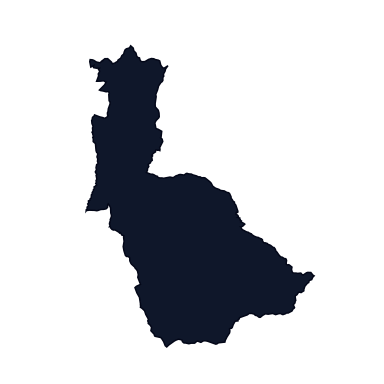 Agas, Bacau, Romania (Albers equal-area conic projection), rotated 81°
{"feature_id": "2599482B91391113599232", "entity_name": "Agas", "entity_type": "district", "adm_level": 2, "iso_a3": "ROU", "parent_name": "Romania", "parent_adm1": "Bacau", "projection": "albers", "projection_center": [26.147, 46.468], "detail": "fine", "context": "isolated", "style": "filled", "palette": "ink", "viewbox_px": 384, "rotation_deg": 81, "n_neighbors": 0, "source": "geoboundaries", "source_scale": "gbopen_adm2", "svg_char_len": 6056}
<svg xmlns="http://www.w3.org/2000/svg" viewBox="0 0 384 384"><g transform="rotate(81 192 192)"><path d="M194.1,299.5L193.8,299.2L193.9,296.2L195.0,290.6L195.5,289.5L195.6,288.1L195.0,284.8L195.3,282.1L195.2,279.6L194.8,278.8L193.7,277.7L191.3,277.3L190.6,276.6L192.8,275.5L195.0,274.9L200.0,275.5L202.3,275.2L203.8,275.5L206.5,277.1L207.3,277.0L208.9,277.9L209.6,277.9L209.9,278.4L211.5,278.5L212.6,278.1L213.2,278.7L213.2,278.3L214.7,278.0L216.4,276.9L217.3,275.6L217.1,275.2L217.7,273.6L220.3,270.5L221.3,269.9L221.3,269.5L220.7,269.4L220.9,269.1L223.6,268.0L224.5,266.2L226.3,266.7L230.1,266.8L235.2,268.5L239.4,268.4L244.2,267.7L245.4,266.8L245.8,265.0L247.3,263.8L250.3,264.2L252.9,263.5L253.9,263.0L257.1,260.4L258.7,259.9L259.7,259.0L261.6,258.2L265.3,258.0L267.8,258.9L275.2,257.3L276.4,261.6L277.5,263.3L283.0,262.2L287.8,260.4L294.7,260.4L295.5,260.7L296.0,260.3L297.8,261.0L299.0,259.6L301.9,257.4L305.7,256.8L310.9,254.9L312.4,255.9L313.7,255.5L315.0,255.8L316.7,254.3L319.3,253.1L322.6,254.3L326.6,251.6L328.1,251.5L328.7,251.1L330.8,245.8L331.7,245.0L335.4,243.4L339.6,242.5L341.1,241.2L339.5,238.9L336.3,232.5L335.6,230.3L335.3,228.2L336.5,225.2L338.4,224.8L339.9,223.5L340.1,222.1L341.4,218.8L341.2,216.6L341.7,213.2L341.3,212.2L340.5,211.2L340.2,210.2L340.2,209.7L341.8,207.0L341.8,206.4L340.9,204.4L340.9,202.6L341.7,200.2L346.0,192.3L345.9,191.1L345.1,189.5L345.4,183.0L343.8,182.4L340.6,180.1L337.0,176.9L335.1,176.3L333.1,176.4L332.8,176.1L332.8,174.4L332.2,173.5L329.4,172.0L326.6,169.8L326.4,169.4L326.5,166.8L325.7,166.7L324.8,165.3L323.7,164.8L323.4,164.0L322.0,156.5L320.9,154.6L321.3,152.0L322.4,149.6L323.7,148.8L324.4,147.0L326.0,145.6L326.4,144.7L326.4,144.0L324.9,141.5L323.8,138.6L324.6,135.9L324.6,131.3L326.2,128.6L325.8,125.8L325.8,124.1L326.2,123.0L327.1,122.0L327.3,121.2L326.8,118.5L326.2,117.5L326.6,116.1L325.2,111.9L323.4,110.5L322.7,109.2L322.2,108.8L319.3,109.6L317.6,107.6L316.3,107.3L315.4,106.5L311.6,106.5L310.6,106.0L309.9,104.4L307.9,102.6L307.7,101.7L308.4,100.0L307.1,97.0L305.8,96.8L302.8,95.3L300.1,92.2L299.7,90.9L298.5,90.5L297.7,89.7L297.3,87.5L295.1,86.1L293.9,84.5L293.1,85.5L290.1,87.2L289.5,90.4L289.7,91.6L291.4,95.2L290.6,96.3L289.1,97.2L288.9,100.5L288.4,101.8L288.0,104.4L287.6,104.9L286.5,105.6L284.0,105.8L281.8,105.0L279.3,107.3L278.9,107.9L279.0,109.1L278.2,110.1L276.9,110.1L274.5,109.3L273.0,109.5L272.4,110.2L272.1,111.4L270.6,112.9L269.9,114.6L267.3,116.3L264.6,117.5L263.7,118.3L261.4,118.7L259.7,119.6L259.4,120.6L257.0,122.7L255.3,125.5L254.7,125.6L253.7,127.5L253.4,129.0L251.6,130.0L250.2,129.9L249.1,130.7L249.0,131.5L248.3,132.1L248.1,132.8L247.4,133.3L246.7,135.3L245.4,137.4L243.7,139.3L242.6,139.9L242.5,140.6L241.9,141.0L241.3,142.2L240.7,142.5L239.9,144.4L236.6,148.7L235.8,148.7L234.0,149.6L233.9,147.9L233.5,146.9L232.0,144.9L231.2,145.6L229.1,148.5L228.4,147.7L227.2,148.8L226.6,148.6L225.3,149.3L225.1,149.1L224.3,150.7L224.2,150.3L223.2,150.0L222.0,150.6L220.7,152.0L219.0,151.5L218.9,151.1L219.4,150.6L219.1,149.9L218.2,149.7L211.7,150.8L210.1,151.8L208.5,151.7L208.0,152.6L205.3,153.7L204.6,154.3L202.7,154.2L199.2,155.2L198.3,156.2L197.8,157.7L196.0,159.9L194.9,163.5L193.6,165.0L191.9,168.2L189.5,170.6L186.2,171.7L184.6,172.8L180.1,176.9L179.7,178.0L179.4,180.7L178.6,181.1L178.2,182.0L178.2,183.0L176.7,185.2L175.2,188.5L174.2,189.8L173.6,192.4L172.8,194.0L172.8,194.8L174.0,197.2L172.9,200.6L172.8,202.0L173.4,204.0L173.4,205.0L174.8,208.1L174.7,209.0L173.8,211.4L174.0,217.9L173.4,219.5L173.1,221.6L172.5,222.9L171.6,223.7L171.1,223.7L170.4,225.3L169.0,226.9L168.3,228.1L168.0,229.9L165.6,234.0L163.6,232.6L161.7,232.2L160.1,230.7L157.9,231.0L156.7,228.5L155.4,227.9L154.5,226.3L150.9,226.3L150.4,225.4L150.0,225.3L149.5,226.0L149.2,225.9L147.8,224.2L146.7,221.8L145.0,221.3L144.9,220.5L145.4,219.6L145.3,218.8L146.1,217.3L144.7,216.9L143.2,217.0L137.6,213.0L135.1,213.2L133.6,214.5L133.4,214.1L127.3,212.4L124.6,215.8L123.9,217.3L123.3,217.7L118.0,217.9L115.8,216.3L113.5,213.2L112.5,212.6L108.8,212.2L106.0,212.5L102.4,214.8L101.6,214.9L99.0,214.6L92.3,212.5L89.9,212.5L85.9,210.1L82.0,208.4L79.0,205.6L78.3,204.2L77.2,203.3L74.4,202.9L73.1,201.7L71.9,201.9L70.6,201.4L68.6,199.8L66.3,198.8L63.5,196.0L65.1,199.6L65.2,200.5L65.0,201.1L63.7,202.1L61.8,203.0L57.5,203.4L56.5,204.7L55.4,207.6L54.4,208.9L53.8,211.3L54.0,212.4L54.2,214.0L55.8,218.0L55.6,220.5L55.0,222.0L53.3,222.7L51.3,222.9L50.5,224.6L49.3,225.3L46.0,225.6L43.4,227.4L40.7,227.5L38.0,229.7L39.5,230.9L40.0,231.8L40.3,234.4L41.1,235.8L43.0,237.0L45.1,237.9L46.3,239.9L48.7,241.5L50.1,244.4L51.7,245.2L51.7,246.3L52.5,247.7L52.9,250.6L51.1,251.2L47.1,254.4L46.7,257.2L48.2,259.9L48.5,259.8L48.6,260.1L48.4,260.2L48.6,260.8L49.8,262.2L49.9,262.7L48.7,266.0L46.5,268.5L45.8,269.9L45.3,271.9L47.2,272.6L52.8,272.4L51.7,269.3L52.7,269.9L53.8,269.7L54.7,267.2L55.3,264.1L56.3,265.2L57.8,264.4L58.6,264.4L60.7,266.1L62.7,266.1L67.7,268.9L68.2,265.2L68.3,261.9L69.6,260.4L69.9,259.5L72.5,261.6L76.8,267.5L77.5,266.5L78.4,263.8L79.6,261.2L79.7,258.9L80.5,258.2L81.0,258.5L81.6,258.2L82.5,258.9L89.0,259.6L89.8,258.9L92.1,259.1L96.6,261.6L99.4,262.4L100.7,263.2L103.4,263.4L103.6,263.7L103.5,263.0L104.1,263.3L105.5,266.0L105.3,266.1L105.5,267.5L104.7,268.1L103.4,271.3L100.6,276.2L101.7,276.8L102.2,277.9L103.1,278.8L104.7,279.2L105.6,279.9L108.8,280.1L111.7,279.4L113.2,280.3L116.7,280.5L117.2,281.4L117.7,281.4L118.1,280.8L119.3,281.0L121.9,280.6L122.3,280.8L122.1,281.1L122.4,281.5L124.1,281.2L126.8,281.7L129.1,279.8L136.2,280.3L138.0,280.0L138.8,279.3L139.6,279.1L142.5,280.4L144.6,279.9L146.9,280.6L148.9,280.2L149.4,280.6L150.0,281.9L153.0,283.0L155.1,282.9L156.9,284.3L157.8,284.2L159.7,283.2L160.5,284.1L164.3,284.0L166.0,285.1L167.2,284.8L168.5,285.8L170.1,285.0L170.6,285.6L170.8,286.3L171.3,286.7L171.5,287.8L173.9,288.2L174.3,289.0L175.7,289.4L176.8,290.6L178.4,290.9L179.0,291.8L182.2,292.5L182.6,293.5L184.1,294.1L184.6,295.7L186.6,295.8L187.5,296.9L189.0,296.4L190.0,297.1L190.5,298.0L192.5,298.2L192.9,299.2L194.1,299.5Z" fill="#0f172a" stroke="#020617" stroke-width="1.5"/></g></svg>